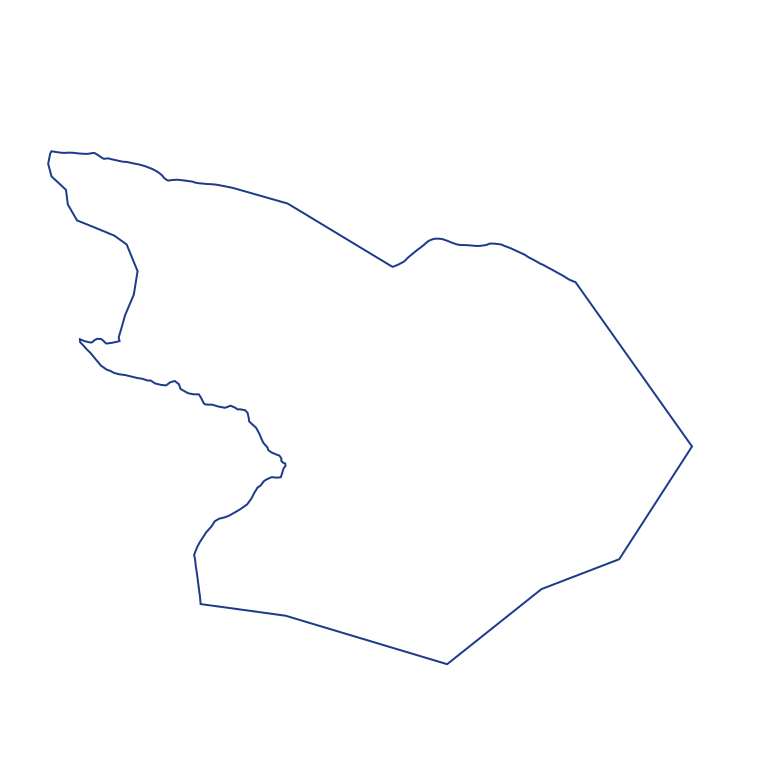 El Nispero, Santa Bárbara, Honduras, rotated 260°
{"feature_id": "27666195B93278027696890", "entity_name": "El Nispero", "entity_type": "district", "adm_level": 2, "iso_a3": "HND", "parent_name": "Honduras", "parent_adm1": "Santa Bárbara", "projection": "robinson", "projection_center": [-88.3, 14.771], "detail": "fine", "context": "isolated", "style": "outline", "palette": "blue", "viewbox_px": 768, "rotation_deg": 260, "n_neighbors": 0, "source": "geoboundaries", "source_scale": "gbopen_adm2", "svg_char_len": 6091}
<svg xmlns="http://www.w3.org/2000/svg" viewBox="0 0 768 768"><g transform="rotate(260 384 384)"><path d="M97.1,397.5L154.7,503.5L170.6,585.2L269.0,676.5L451.2,590.2L451.6,589.4L452.0,588.6L452.5,587.8L453.0,587.1L453.8,585.8L454.0,585.5L454.4,584.9L454.8,584.3L455.3,583.8L455.7,583.3L457.0,581.9L458.5,580.3L458.9,579.9L459.1,579.6L460.3,578.1L462.5,575.4L464.4,573.0L466.8,570.1L467.5,569.2L469.7,566.4L471.2,564.4L471.6,564.0L472.8,562.6L473.4,561.8L473.8,561.4L474.0,560.9L474.2,560.6L474.5,560.1L474.8,559.7L475.0,559.3L475.3,558.9L475.7,558.4L476.1,557.9L477.0,556.9L477.4,556.5L477.8,555.9L480.9,552.1L483.7,548.4L484.2,547.8L484.8,547.2L485.1,546.9L486.0,546.0L486.3,545.6L486.9,545.0L487.3,544.4L487.8,543.8L488.2,543.1L491.3,538.7L495.7,532.3L496.2,531.4L496.8,530.6L497.2,529.8L498.4,527.8L499.0,526.6L499.6,525.8L500.0,525.3L500.3,524.7L500.7,524.2L500.9,523.9L501.0,523.6L501.2,523.2L501.4,522.6L501.8,521.3L502.2,520.0L502.6,518.6L503.0,517.2L503.2,516.3L503.6,514.5L503.7,514.0L503.8,513.5L503.8,513.1L503.8,512.7L503.8,512.3L503.8,511.9L503.8,511.7L503.7,511.4L503.5,510.6L503.4,510.2L503.3,509.8L503.3,509.5L503.2,509.1L503.2,508.5L503.2,508.1L503.1,507.7L503.2,506.4L503.2,505.3L503.3,504.3L503.3,503.2L503.5,501.8L503.5,501.1L503.6,500.5L503.8,499.8L503.8,499.5L503.9,499.1L504.3,497.5L505.3,493.7L505.9,491.5L506.6,488.6L507.4,484.6L507.6,483.8L508.0,482.2L508.2,481.8L508.4,481.1L508.6,480.7L508.7,480.3L508.9,479.9L509.3,479.2L509.7,478.4L510.1,477.7L510.5,477.0L511.2,475.7L511.8,474.8L512.9,473.0L514.0,471.3L515.2,469.1L516.0,467.7L516.3,467.2L516.4,466.8L516.5,466.6L516.8,466.0L517.0,465.2L517.3,464.2L517.4,463.7L517.7,462.7L517.8,462.0L517.9,461.4L518.0,460.9L518.1,460.4L518.2,459.5L518.2,459.0L518.2,458.3L518.1,457.6L518.1,457.0L517.9,456.1L517.8,455.4L517.7,454.8L517.5,454.2L517.4,453.6L517.1,452.9L517.0,452.6L516.8,452.0L516.6,451.7L516.3,451.1L515.9,450.5L515.6,449.9L515.2,449.3L514.4,447.9L514.0,447.3L513.6,446.7L513.3,446.1L512.9,445.3L511.8,443.3L510.2,440.0L509.5,438.7L508.9,437.6L508.2,436.4L505.1,430.9L504.8,430.3L504.1,429.3L503.5,428.4L503.1,427.9L502.4,426.9L502.0,426.3L501.7,425.8L501.4,425.4L501.2,425.0L501.0,424.6L500.9,424.4L500.8,424.1L500.2,422.2L499.4,419.7L499.1,418.7L498.8,417.7L498.7,417.1L498.5,416.1L498.3,415.2L498.1,414.2L497.9,412.7L578.4,320.5L603.4,269.1L604.9,265.3L606.2,262.0L607.2,259.4L608.0,257.3L608.4,256.4L608.7,255.4L609.2,254.1L609.6,252.8L610.0,251.6L610.3,250.3L610.5,249.7L610.8,248.3L611.3,246.3L611.4,245.5L611.6,244.7L611.9,243.5L612.2,242.6L612.5,241.6L612.9,240.1L613.1,239.6L613.2,239.3L613.3,238.7L613.5,237.8L613.6,237.4L613.7,237.0L614.0,236.2L614.4,235.0L614.6,234.4L614.9,233.6L615.1,233.2L615.2,232.8L615.5,232.3L615.7,232.1L616.0,231.6L616.2,231.3L616.3,231.1L616.5,230.8L616.6,230.4L616.7,230.1L617.2,228.5L619.4,221.7L620.0,219.6L620.6,217.6L620.8,217.0L621.0,216.2L621.1,215.8L621.3,213.9L621.5,211.9L621.6,211.5L621.7,210.7L621.7,209.9L621.7,209.0L621.7,208.6L621.8,208.0L621.8,207.5L621.9,207.3L621.9,206.9L622.0,206.6L622.1,206.4L622.2,206.2L622.4,206.0L622.6,205.6L622.9,205.3L623.2,205.0L623.5,204.7L623.8,204.4L624.3,203.9L624.6,203.7L625.0,203.4L625.4,203.1L625.8,202.9L626.2,202.6L627.1,202.2L627.4,202.0L627.7,201.8L627.9,201.7L628.3,201.4L629.0,200.8L629.6,200.3L630.2,199.8L630.9,199.2L631.2,198.9L631.5,198.6L632.1,197.9L632.6,197.4L633.2,196.7L633.8,195.9L634.9,194.6L635.5,193.7L635.9,193.3L636.4,192.4L637.3,191.0L638.1,189.7L638.6,188.8L639.3,187.7L640.2,186.1L641.0,184.4L641.3,183.9L641.6,183.4L641.8,182.8L642.5,181.3L642.7,180.9L643.2,179.7L644.6,175.9L645.3,174.3L646.5,171.3L647.1,169.9L647.2,169.4L647.5,168.6L647.6,168.1L647.8,167.6L648.0,166.3L648.2,165.6L648.4,165.0L648.7,164.3L649.7,161.8L650.7,159.5L652.8,154.4L653.1,153.7L653.7,152.6L653.9,152.1L654.0,151.7L654.1,151.2L654.3,150.5L654.3,150.1L654.3,149.6L654.3,149.1L654.3,148.6L654.3,148.3L654.3,148.1L654.4,147.6L654.5,147.3L654.6,147.0L654.7,146.8L654.9,146.6L655.0,146.4L655.2,146.2L655.8,145.5L658.6,142.6L660.5,140.5L661.1,139.8L661.4,139.5L661.5,139.3L661.7,139.0L661.8,138.8L661.9,138.4L662.0,138.1L662.1,137.7L662.1,137.4L662.1,137.1L662.1,136.8L662.1,135.9L662.0,135.1L662.0,134.7L662.0,134.0L662.1,133.2L662.1,132.4L662.1,132.0L662.2,131.3L662.4,130.5L662.4,130.1L662.6,129.4L662.8,128.6L664.0,123.5L664.5,122.0L665.1,119.9L665.3,119.3L665.5,118.5L665.6,118.1L665.8,117.5L666.0,116.3L666.3,115.0L666.5,114.1L666.7,113.1L666.7,112.7L666.8,111.7L666.9,110.6L667.0,110.1L667.1,109.5L667.2,109.0L667.3,108.2L667.5,107.5L667.9,106.1L668.5,104.1L669.2,102.0L669.6,100.8L670.4,98.6L670.8,97.3L670.9,96.8L668.7,95.2L659.2,91.5L646.2,92.6L630.5,104.5L615.7,103.8L598.4,110.1L589.2,124.9L576.9,144.2L566.1,154.8L537.9,160.9L515.4,153.1L496.8,141.0L483.9,134.8L476.0,130.8L472.2,131.0L471.9,126.9L471.8,122.6L472.1,117.4L475.6,114.9L477.4,113.2L478.3,109.5L477.5,106.5L475.9,104.2L475.7,102.5L476.4,100.7L477.8,97.5L478.8,95.5L480.5,93.0L480.9,92.3L478.0,92.0L474.4,94.4L469.3,97.6L465.5,100.4L458.3,104.4L451.2,108.5L446.0,113.7L444.7,116.4L442.0,119.8L439.7,124.5L437.7,130.8L432.7,142.2L431.2,146.7L428.4,152.0L428.0,154.8L424.4,158.5L421.7,164.5L420.5,169.3L422.8,173.7L423.3,178.5L419.4,182.0L414.4,182.8L408.9,189.5L406.9,194.8L406.0,199.9L401.9,201.5L396.0,203.3L394.7,205.0L393.4,211.4L390.6,216.9L388.2,223.2L388.6,225.8L389.3,229.1L386.5,233.3L384.5,235.3L384.0,238.2L382.2,242.7L379.3,244.6L374.1,244.9L370.6,244.7L367.2,247.2L363.2,250.4L356.3,252.7L351.6,253.7L347.4,254.8L344.1,256.7L342.0,258.1L338.7,258.7L336.0,261.5L333.4,265.5L331.7,268.5L328.6,270.0L326.2,269.5L324.0,271.0L322.9,272.9L320.5,272.8L318.3,270.4L313.9,268.2L310.1,266.2L310.3,262.4L311.8,257.2L310.4,251.6L309.0,248.6L305.6,245.0L305.4,244.9L304.0,241.5L299.1,237.2L294.1,233.4L289.2,228.3L285.5,220.4L282.4,211.9L281.1,208.0L280.3,203.6L280.0,198.2L278.2,193.5L273.8,189.5L268.7,183.0L265.4,180.0L260.1,175.0L255.7,171.6L251.8,169.2L248.6,167.3L244.0,167.5L237.4,167.0L230.5,166.9L219.8,166.4L215.1,166.2L209.9,165.9L208.6,166.0L199.1,165.2L172.9,246.8L97.1,397.5Z" fill="none" stroke="#1e3a8a" stroke-width="2"/></g></svg>